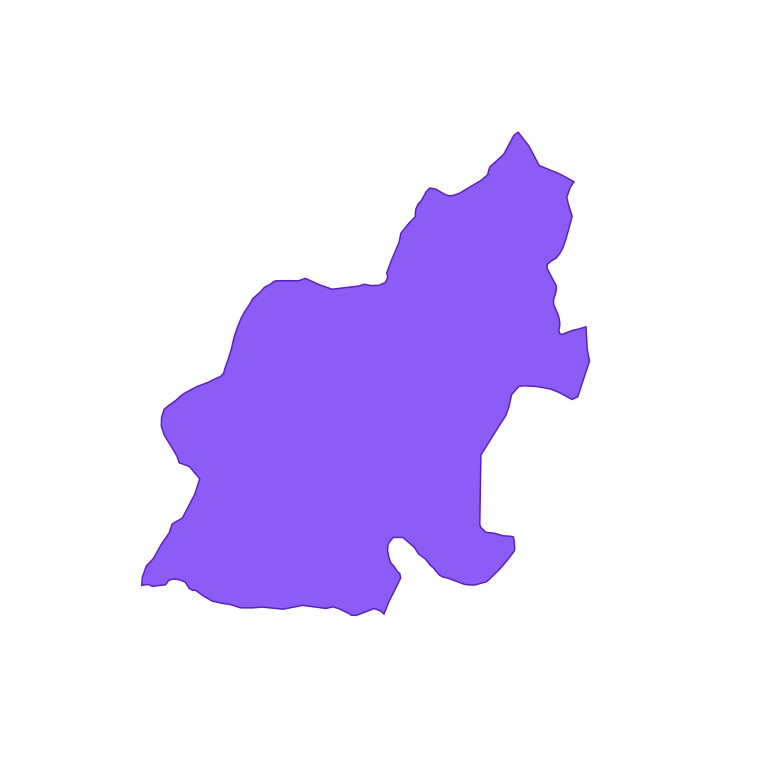 Berbérati, Mambéré-Kadéï, Central African Republic, rotated 295°
{"feature_id": "33826404B29108379746580", "entity_name": "Berbérati", "entity_type": "district", "adm_level": 2, "iso_a3": "CAF", "parent_name": "Central African Republic", "parent_adm1": "Mambéré-Kadéï", "projection": "albers", "projection_center": [15.911, 4.294], "detail": "fine", "context": "isolated", "style": "filled", "palette": "violet", "viewbox_px": 768, "rotation_deg": 295, "n_neighbors": 0, "source": "geoboundaries", "source_scale": "gbopen_adm2", "svg_char_len": 2786}
<svg xmlns="http://www.w3.org/2000/svg" viewBox="0 0 768 768"><g transform="rotate(295 384 384)"><path d="M668.9,399.2L664.3,396.6L642.7,395.4L637.7,393.3L631.6,390.8L625.2,388.2L622.2,388.5L617.3,389.5L609.2,385.7L588.4,371.5L584.1,366.9L582.3,364.1L581.5,359.8L581.8,355.9L582.5,348.8L581.0,342.7L575.7,340.9L571.1,340.7L565.3,340.2L561.7,338.9L556.4,338.9L552.8,339.9L549.0,341.7L541.2,338.9L527.7,335.6L518.3,337.9L500.5,338.4L485.8,339.5L482.3,342.3L476.7,342.3L471.4,337.9L467.8,330.8L466.0,323.9L462.2,319.9L455.9,309.7L448.0,297.0L446.7,284.7L446.5,268.2L441.4,262.8L438.6,256.7L435.5,249.9L431.7,242.2L430.0,240.7L426.2,238.7L421.1,234.8L417.5,233.8L412.7,232.0L405.9,229.0L399.3,228.5L390.4,227.2L383.3,226.7L374.4,227.2L365.8,228.0L359.9,229.0L351.8,230.8L341.4,232.3L330.5,233.3L325.9,234.1L321.6,232.6L315.8,227.5L312.0,224.7L307.7,220.6L302.8,215.7L297.5,211.7L290.9,206.8L286.6,204.5L282.3,202.8L277.5,200.2L273.4,197.9L268.1,195.4L259.5,196.6L251.8,199.9L244.7,206.6L234.3,222.3L230.8,227.2L226.0,231.8L227.0,242.4L220.2,257.1L204.0,259.1L177.4,257.9L167.5,251.1L158.4,252.3L144.5,249.9L128.3,248.7L118.4,245.5L106.5,246.7L99.1,249.5L102.8,255.2L102.7,259.6L106.2,265.1L109.6,270.8L115.2,272.0L118.1,275.1L119.2,278.2L120.2,281.7L120.5,287.4L117.9,291.8L116.3,294.0L116.1,297.7L117.4,300.2L115.6,309.8L114.6,320.0L116.4,328.3L119.3,338.4L120.5,348.5L125.5,359.3L130.5,368.3L137.3,387.8L149.0,403.8L156.0,426.1L160.5,432.0L161.3,438.4L161.2,443.2L161.2,448.6L160.7,452.2L162.5,456.6L176.4,470.1L176.8,477.5L175.5,481.2L188.6,480.4L204.1,480.9L215.3,481.1L218.9,478.3L219.8,475.2L222.8,470.3L224.9,465.6L229.3,461.4L232.5,459.1L234.6,457.6L239.5,455.7L242.1,455.5L246.8,456.6L248.9,457.3L251.1,462.0L252.9,465.9L251.4,471.2L248.9,480.3L247.5,482.6L244.5,487.3L242.9,495.6L239.3,502.5L238.3,506.3L235.9,511.1L234.3,514.9L234.0,518.6L234.5,521.5L235.0,523.5L236.5,542.0L238.8,548.3L240.4,551.6L244.6,556.2L247.6,560.1L251.0,561.8L256.4,563.8L264.9,567.0L276.1,570.1L284.4,572.0L288.0,572.6L290.4,571.9L296.8,568.3L300.1,565.9L299.5,563.0L296.7,555.9L295.5,547.5L292.7,539.1L294.7,532.8L296.7,530.4L360.6,501.8L398.7,506.5L406.6,507.7L415.8,506.9L428.5,504.1L438.8,507.3L441.6,511.7L446.3,523.6L449.9,537.2L450.3,546.3L449.5,561.0L454.3,565.0L467.4,563.4L491.6,560.6L501.5,553.4L521.2,542.9L515.1,536.0L512.3,532.2L506.2,526.3L504.2,524.5L503.9,522.2L506.7,519.7L511.0,518.7L514.6,516.9L517.9,514.6L521.4,511.5L524.0,508.2L527.8,504.2L531.1,502.4L534.9,501.6L538.2,501.3L543.0,500.1L545.8,498.5L557.7,483.0L560.3,481.7L562.3,481.7L566.6,483.8L570.7,486.8L576.5,488.1L582.6,488.6L591.0,487.8L600.4,486.3L615.4,483.7L625.8,474.3L630.6,470.7L641.5,469.7L647.6,470.7L648.6,455.4L647.6,432.3L660.8,414.9L668.9,399.2Z" fill="#8b5cf6" stroke="#5b21b6" stroke-width="1.5"/></g></svg>